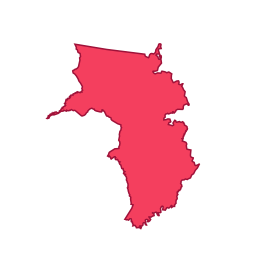 the district of Tan Phu, Đồng Nai, Vietnam, rotated 21°
{"feature_id": "81297802B74333052983118", "entity_name": "Tan Phu", "entity_type": "district", "adm_level": 2, "iso_a3": "VNM", "parent_name": "Vietnam", "parent_adm1": "Đồng Nai", "projection": "orthographic", "projection_center": [107.376, 11.379], "detail": "fine", "context": "isolated", "style": "filled", "palette": "rose", "viewbox_px": 256, "rotation_deg": 21, "n_neighbors": 0, "source": "geoboundaries", "source_scale": "gbopen_adm2", "svg_char_len": 5907}
<svg xmlns="http://www.w3.org/2000/svg" viewBox="0 0 256 256"><g transform="rotate(21 128 128)"><path d="M48.4,68.8L50.8,71.1L51.4,72.9L52.6,73.1L54.3,75.3L56.6,75.6L58.1,78.4L57.7,79.9L58.8,81.8L59.8,88.5L59.4,90.1L58.5,91.5L57.6,92.0L57.2,92.9L56.2,93.8L55.9,94.5L56.1,94.8L57.1,96.3L58.8,96.6L61.0,97.8L63.7,99.9L65.3,101.7L67.7,103.2L70.2,105.3L70.7,105.9L70.8,107.8L72.1,109.0L71.5,110.3L72.0,111.0L71.0,111.3L70.9,111.9L70.3,111.9L69.9,112.3L68.0,112.3L68.0,113.1L67.1,113.0L66.8,114.2L66.1,114.1L65.8,115.0L64.6,115.8L64.8,117.1L64.1,117.1L62.8,118.0L63.0,118.8L62.2,119.3L62.1,119.8L62.3,120.2L63.1,120.0L62.8,121.3L61.2,121.9L61.1,122.3L61.4,123.0L61.1,123.6L60.8,123.7L60.3,123.3L60.0,123.5L60.4,126.8L60.1,127.7L60.8,127.6L60.6,128.3L61.0,128.9L61.5,129.1L61.1,129.7L61.3,130.2L60.3,131.0L60.1,131.7L59.7,131.9L59.9,132.8L59.3,132.8L59.5,133.3L58.8,134.3L58.8,135.6L58.0,136.6L58.5,136.9L57.3,139.0L56.3,139.1L55.5,138.7L55.0,138.9L53.9,139.6L53.6,141.0L53.2,141.1L53.0,140.5L52.7,140.8L52.9,141.6L52.5,142.3L51.8,141.5L51.7,142.4L50.5,142.8L50.1,144.6L49.2,145.0L49.4,146.9L48.9,148.1L49.5,148.0L50.7,147.0L50.6,145.3L52.1,143.1L54.3,142.2L57.6,139.4L59.6,136.3L61.4,135.5L61.7,134.5L64.4,134.3L64.4,133.4L65.6,133.5L66.8,132.9L67.1,132.4L67.6,132.4L68.5,131.1L70.7,131.4L71.4,130.8L72.4,130.6L80.2,133.3L80.9,133.2L82.5,131.9L83.3,130.7L83.8,128.5L84.6,127.3L84.4,126.3L84.9,125.2L85.9,123.5L87.2,122.5L88.8,122.8L89.7,122.5L90.4,123.3L92.1,123.5L95.9,123.0L97.5,122.5L97.7,121.6L97.2,120.6L97.9,120.1L98.8,120.8L100.0,121.0L103.4,124.2L104.3,124.5L104.9,124.0L106.4,124.6L108.2,124.6L108.7,124.9L109.2,126.0L110.4,126.6L116.8,127.7L120.2,127.6L120.9,129.2L121.8,130.0L121.6,130.2L122.1,132.4L121.7,134.1L122.2,137.1L123.0,138.6L123.7,142.7L125.2,143.8L126.0,145.3L126.4,147.3L126.2,148.7L126.8,150.4L123.1,152.2L119.5,157.0L119.2,157.6L119.3,159.9L119.0,161.5L120.5,161.7L120.8,160.9L122.5,162.0L123.0,162.8L123.4,163.0L125.6,159.7L126.2,159.5L126.3,159.9L127.2,160.2L126.9,160.7L127.0,161.3L127.7,161.9L128.5,161.8L129.5,161.1L131.3,162.7L132.7,162.6L132.3,163.7L133.4,164.8L134.5,165.1L136.7,168.0L137.5,168.1L138.0,167.7L139.2,169.6L140.7,169.9L140.1,170.7L140.0,171.9L140.5,172.3L142.2,172.2L141.9,173.0L144.0,174.3L145.0,176.0L144.9,176.5L145.5,177.6L146.3,178.0L146.6,178.8L147.9,180.0L148.6,181.5L148.8,182.6L149.3,183.3L149.3,183.7L148.9,184.1L150.5,185.8L150.6,186.4L152.3,188.6L153.6,189.8L153.6,190.8L155.1,191.4L155.6,192.1L155.8,193.3L158.1,197.3L158.1,198.1L160.3,197.9L160.3,201.8L157.8,214.3L158.6,214.1L159.2,214.4L160.3,213.8L161.6,213.8L162.3,212.0L163.5,211.7L164.3,212.9L164.2,213.6L165.0,213.8L164.9,214.3L166.0,214.5L166.6,215.8L167.1,215.9L167.5,216.3L167.6,217.6L169.3,216.4L170.8,217.2L171.6,218.1L173.4,217.3L174.0,216.4L175.4,217.3L176.0,217.3L176.1,216.1L174.6,215.0L175.9,214.6L176.5,214.1L176.7,213.2L176.2,211.6L176.4,210.9L177.0,210.5L177.7,210.5L178.9,211.9L179.8,212.1L180.1,211.9L178.8,210.9L178.3,209.4L177.2,208.0L177.2,207.4L178.0,206.7L179.2,206.5L179.8,206.9L179.8,208.3L180.2,208.4L180.9,207.9L181.7,206.6L181.9,205.2L179.7,203.9L179.5,203.4L181.4,203.0L182.4,201.6L183.8,200.4L182.9,199.0L181.4,198.6L181.3,198.3L182.7,198.1L184.0,196.7L184.8,196.5L186.6,198.5L187.7,198.9L188.4,198.6L188.3,198.2L186.1,196.6L186.4,196.3L188.3,195.6L188.9,194.8L187.2,191.6L187.3,189.8L187.7,188.9L188.4,188.6L189.1,189.0L189.7,191.9L192.3,191.3L192.7,188.7L193.2,188.2L194.5,188.2L195.0,187.9L195.6,187.1L196.2,184.8L196.7,184.8L197.3,186.4L198.4,184.9L199.6,184.5L199.1,182.9L199.8,180.9L199.3,180.2L198.8,178.0L199.2,177.0L199.1,175.9L198.0,174.3L198.1,173.2L197.9,172.4L198.3,172.2L197.2,171.1L196.9,170.1L197.5,169.1L197.7,169.6L197.9,169.4L197.6,168.1L198.7,167.7L198.7,166.9L199.1,166.0L198.8,164.0L199.3,163.4L198.5,161.9L197.0,160.9L197.1,160.0L196.6,158.9L197.2,157.1L199.0,156.3L199.8,155.1L201.9,154.8L202.4,153.9L204.2,152.2L204.3,149.0L205.6,147.2L206.0,143.3L207.1,140.5L207.6,135.7L206.9,136.9L204.8,138.8L203.7,138.6L202.1,136.4L201.1,136.4L199.6,135.8L199.8,133.3L199.6,132.5L197.5,132.6L196.6,132.0L196.0,131.0L194.6,126.0L191.1,126.6L190.4,126.5L188.7,123.5L188.6,121.9L187.8,121.1L187.3,120.7L186.0,120.6L183.4,120.7L183.3,119.3L182.5,118.7L183.2,118.5L183.2,117.7L182.6,116.8L183.0,116.0L182.6,115.4L182.9,114.4L182.5,113.6L182.7,113.4L183.1,113.6L183.1,110.9L183.5,110.4L183.0,109.7L183.9,108.4L183.7,107.2L183.1,106.7L182.8,105.8L181.8,105.3L179.8,105.1L179.3,104.1L178.0,103.6L178.0,102.9L176.6,102.6L175.8,103.6L175.1,103.8L173.8,103.5L171.3,105.2L170.4,104.9L169.9,104.1L168.9,104.0L168.2,107.3L169.2,108.2L169.5,109.0L168.7,109.9L164.4,110.3L164.3,108.4L165.6,107.2L165.7,106.8L163.9,104.7L162.0,105.2L160.5,106.6L158.5,107.6L158.0,106.0L158.8,104.5L157.9,102.7L158.5,101.1L159.4,100.7L159.8,100.1L161.0,100.3L162.7,98.6L164.3,98.1L163.9,96.9L164.4,96.6L165.7,97.4L166.5,95.6L166.5,94.2L167.6,92.8L172.4,91.0L172.6,90.2L171.9,87.9L172.0,86.7L172.4,86.1L174.2,84.5L175.2,84.5L176.1,85.2L176.7,84.8L176.5,83.9L174.4,82.3L171.5,78.7L170.0,78.4L169.2,77.9L168.3,73.6L166.3,72.5L164.1,70.3L163.2,69.9L163.4,67.1L162.9,67.2L161.5,68.8L159.8,69.0L159.5,68.8L159.5,67.8L159.2,66.8L158.5,66.0L158.1,65.9L156.4,66.9L154.5,69.2L154.0,69.4L150.7,66.4L149.6,63.1L149.5,61.8L146.2,61.1L145.8,61.2L144.4,62.5L142.2,62.3L139.3,62.8L139.1,63.3L139.2,64.6L138.9,65.1L136.0,65.9L133.9,67.7L132.7,67.6L131.1,66.6L131.1,66.0L133.0,65.2L134.9,63.8L134.4,60.4L136.0,55.4L134.0,51.9L133.7,49.8L132.9,48.6L131.6,48.3L131.4,48.7L131.6,49.5L133.4,51.7L133.2,52.3L132.5,52.7L132.0,52.7L130.2,50.7L128.0,49.9L128.2,48.8L130.3,47.8L130.7,47.3L128.4,44.4L128.3,43.6L128.6,42.9L130.5,41.9L129.3,40.3L129.0,38.5L128.7,38.0L127.9,37.9L127.0,38.3L126.7,38.9L126.9,41.1L126.0,44.8L126.5,47.7L125.4,49.7L123.5,49.9L122.5,50.6L122.0,51.9L122.1,54.5L121.8,55.1L118.9,54.9L118.1,54.5L117.2,53.1L80.0,62.3L48.4,68.8Z" fill="#f43f5e" stroke="#9f1239" stroke-width="1.5"/></g></svg>